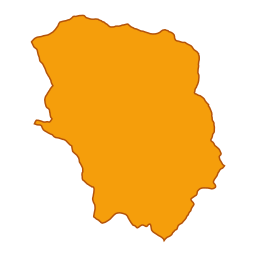 Lumang, Tashigang, Bhutan
{"feature_id": "84629894B76978626004749", "entity_name": "Lumang", "entity_type": "district", "adm_level": 2, "iso_a3": "BTN", "parent_name": "Bhutan", "parent_adm1": "Tashigang", "projection": "albers", "projection_center": [91.532, 27.126], "detail": "fine", "context": "isolated", "style": "filled", "palette": "amber", "viewbox_px": 256, "rotation_deg": 0, "n_neighbors": 0, "source": "geoboundaries", "source_scale": "gbopen_adm2", "svg_char_len": 5746}
<svg xmlns="http://www.w3.org/2000/svg" viewBox="0 0 256 256"><path d="M31.5,41.9L33.7,46.5L34.2,47.2L35.5,48.2L36.4,48.9L36.9,49.5L37.2,50.2L38.2,54.7L39.2,57.2L39.7,60.2L40.2,61.4L42.1,63.2L42.9,64.2L44.1,66.7L45.2,68.8L45.5,69.8L46.6,72.8L47.6,74.4L48.2,75.6L49.2,77.0L50.1,78.9L50.9,80.4L51.1,81.8L51.6,83.3L52.9,85.7L51.4,87.4L50.2,89.0L49.8,89.9L49.4,90.6L48.8,91.2L48.1,92.6L47.5,93.2L47.2,94.1L46.1,95.7L45.6,96.4L45.1,98.0L44.8,99.6L44.8,100.2L44.9,100.8L45.1,102.7L45.3,103.6L45.5,104.3L46.1,106.4L46.6,107.2L47.3,107.9L48.4,108.5L48.8,109.0L49.4,109.8L49.5,110.5L49.7,112.0L50.0,113.2L50.1,114.2L50.4,116.0L50.8,117.2L51.5,118.1L52.0,118.9L50.3,121.4L49.3,122.1L47.2,121.7L45.0,122.1L43.5,122.0L41.2,121.1L38.3,120.3L36.4,120.2L35.5,121.4L34.4,123.8L37.1,124.8L40.2,125.0L41.5,125.8L42.3,127.9L43.4,129.8L45.0,131.0L46.3,131.7L48.3,132.9L50.5,134.0L52.3,134.7L54.0,136.6L55.6,137.5L58.4,137.9L60.3,138.5L62.6,139.3L64.2,139.6L66.0,140.7L67.6,142.4L69.8,144.7L71.7,145.9L72.0,147.9L72.7,151.4L74.1,152.8L76.9,155.2L78.6,157.8L79.2,159.8L79.4,161.9L80.9,164.4L82.3,167.2L82.7,168.4L82.8,171.9L82.4,172.5L82.1,173.1L82.1,173.6L82.0,174.3L82.0,175.2L82.2,176.0L82.2,176.5L82.3,177.3L82.2,177.9L82.4,178.8L82.6,179.6L83.3,180.4L84.2,180.9L85.0,181.8L87.3,184.0L88.3,184.5L89.0,185.0L89.8,185.6L90.8,186.0L91.7,186.8L92.3,186.8L93.4,187.1L94.0,188.3L94.1,189.6L93.8,192.8L93.5,194.1L93.2,196.2L92.7,198.3L92.7,199.6L93.4,202.0L94.8,204.8L95.0,206.5L95.1,208.3L94.9,210.0L94.5,211.8L94.0,214.6L93.7,216.3L93.9,217.0L95.0,217.7L96.3,218.9L97.9,219.8L98.7,220.1L99.2,220.8L100.5,221.8L100.9,222.4L102.2,223.1L103.2,222.9L103.9,222.6L104.6,222.5L105.5,222.1L106.7,221.4L108.6,220.2L110.1,219.1L112.9,216.1L114.3,214.7L115.9,213.5L117.6,213.0L119.5,212.8L121.1,213.0L123.2,213.5L125.7,214.4L127.4,216.0L128.3,218.0L129.7,220.4L131.2,222.8L132.4,224.4L133.1,225.2L134.5,225.6L135.5,226.2L136.7,227.6L137.5,227.8L138.1,227.5L138.7,227.2L139.1,226.8L140.3,225.9L141.7,225.1L142.6,225.0L143.5,225.2L144.4,225.6L145.9,226.4L146.7,226.4L147.5,225.8L148.2,224.8L149.1,224.2L150.0,224.1L150.4,224.5L150.8,225.5L151.0,226.6L151.4,229.1L151.6,230.0L152.1,230.7L152.8,231.6L153.8,232.4L157.2,234.6L158.5,235.5L160.1,236.3L161.8,237.4L162.9,238.4L163.6,239.1L164.1,240.6L165.4,238.8L167.3,237.2L168.6,236.7L170.4,235.7L171.7,234.6L172.1,233.9L172.6,232.8L173.2,232.2L174.0,231.4L174.8,230.4L175.5,229.9L176.5,229.5L177.0,229.0L177.2,228.4L177.5,227.5L177.8,226.5L178.4,225.3L180.5,223.8L181.6,223.3L182.2,222.8L183.3,221.4L184.3,220.3L185.1,219.4L186.0,218.2L186.4,217.3L186.6,216.7L187.0,216.1L187.5,215.4L188.1,215.0L188.4,214.3L188.6,213.5L188.9,213.0L189.7,211.8L190.8,210.7L191.0,209.7L191.5,208.4L192.0,207.5L192.5,206.7L193.4,205.5L193.9,204.4L193.8,203.7L193.2,202.6L191.7,201.0L191.0,199.8L190.9,199.2L191.2,198.7L192.4,197.7L193.8,196.8L194.4,196.3L196.1,195.3L196.7,194.5L197.0,193.6L197.3,191.7L197.7,190.9L198.8,189.7L199.9,188.8L201.3,188.2L203.1,187.9L204.4,187.9L207.9,188.0L209.9,188.4L211.5,188.8L212.7,188.7L213.8,188.4L214.7,187.8L215.4,187.3L215.6,186.6L215.5,185.6L215.2,185.0L214.8,184.3L214.0,183.4L213.5,182.7L213.5,181.2L213.9,180.4L214.6,179.1L216.7,176.2L217.2,175.2L218.0,172.9L218.6,172.1L219.3,170.9L219.8,170.0L220.5,169.2L221.3,168.7L222.2,168.3L222.7,168.0L224.0,166.5L224.5,165.8L223.3,165.0L222.6,164.4L222.0,163.3L220.8,161.2L220.2,160.3L219.7,159.2L219.3,157.4L219.2,156.6L219.9,155.5L220.7,154.8L221.1,153.8L220.9,153.0L219.6,150.1L218.5,148.5L218.0,148.2L216.1,146.5L215.1,145.8L214.7,145.3L213.9,143.5L213.0,142.3L212.3,141.8L211.4,141.1L210.9,140.5L210.9,139.4L211.5,138.6L212.2,136.9L212.4,136.0L212.6,134.7L212.8,134.2L213.2,133.5L214.0,132.4L214.3,131.2L214.3,129.0L214.4,127.9L214.3,126.5L213.9,124.8L214.0,124.1L213.9,122.9L213.5,122.1L213.2,121.4L212.5,120.7L212.2,119.3L212.1,117.4L211.8,116.3L211.7,115.7L211.9,114.8L211.7,112.8L210.6,110.0L209.5,107.4L208.4,106.0L208.6,104.7L206.8,102.9L205.9,101.8L205.0,100.6L204.3,99.1L203.5,98.2L202.0,97.0L200.1,95.7L198.7,95.4L197.3,94.7L196.4,94.1L195.2,93.8L194.6,93.1L194.4,92.4L194.8,91.4L194.9,90.4L195.1,89.3L195.6,88.2L196.1,87.7L196.5,86.9L196.8,85.8L197.5,84.6L197.9,83.4L198.1,82.8L198.3,82.1L198.6,80.8L198.9,77.5L198.9,75.7L198.8,75.0L198.0,73.1L197.9,72.3L198.1,69.0L198.5,67.1L198.6,65.5L198.4,64.8L198.7,61.7L199.0,60.6L199.2,59.4L199.2,57.5L199.1,56.0L198.8,55.3L198.5,54.5L198.6,53.8L198.0,53.1L197.0,51.8L194.0,49.7L193.0,48.4L192.3,47.2L191.0,45.8L187.2,43.9L184.9,42.4L182.5,42.4L181.1,42.0L179.0,41.3L176.7,40.8L175.5,40.1L174.6,38.1L174.5,36.5L174.1,34.9L173.1,33.7L171.6,32.6L170.1,32.0L168.8,31.6L168.0,30.7L166.3,30.3L165.3,29.8L164.6,29.8L162.6,30.2L161.0,31.3L160.3,32.0L158.9,32.8L157.5,33.4L156.6,33.6L155.4,33.9L152.8,34.0L150.3,33.7L149.6,33.5L148.7,33.1L147.0,32.6L144.8,31.9L143.3,31.3L142.0,31.1L140.9,31.0L137.4,29.4L136.5,29.0L134.9,28.7L134.0,28.4L133.6,28.0L133.0,27.7L132.4,27.5L131.0,26.8L130.4,26.3L129.2,25.3L127.9,24.1L127.0,24.1L125.8,24.4L123.4,25.0L122.2,25.1L121.1,25.6L119.6,26.0L118.5,26.2L117.3,26.1L115.6,26.2L115.0,26.5L113.8,26.9L111.0,27.0L110.0,26.8L108.7,25.9L107.8,25.0L107.2,24.4L106.6,24.0L105.7,23.6L105.2,23.2L104.6,22.5L103.5,21.9L102.9,21.9L102.3,21.6L101.2,20.7L100.1,20.4L99.0,19.9L98.4,19.4L97.6,19.2L96.7,19.1L95.9,19.0L95.0,19.0L94.3,19.2L93.5,19.2L92.1,19.2L90.9,19.1L89.8,18.8L86.1,17.6L85.5,17.0L84.7,16.1L84.1,15.6L82.9,15.4L79.3,15.6L76.0,16.4L75.0,16.4L74.4,16.3L73.2,16.5L72.3,17.5L70.5,19.0L69.4,19.7L68.1,19.9L66.0,20.7L63.2,21.2L59.9,22.1L58.7,23.9L58.0,25.8L55.7,29.0L54.7,30.2L52.7,32.2L51.3,33.0L50.1,33.8L48.2,34.8L47.2,35.1L43.4,35.8L42.1,36.3L41.0,36.6L39.0,36.9L37.2,37.2L36.1,37.7L34.8,38.4L34.0,39.1L32.1,41.1L31.5,41.9Z" fill="#f59e0b" stroke="#b45309" stroke-width="1.5"/></svg>